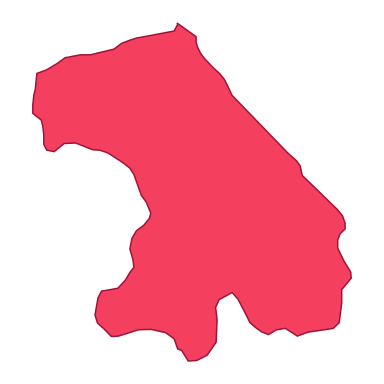 Gangneung-si, Gangwon, South Korea
{"feature_id": "91817680B99242230797556", "entity_name": "Gangneung-si", "entity_type": "district", "adm_level": 2, "iso_a3": "KOR", "parent_name": "South Korea", "parent_adm1": "Gangwon", "projection": "robinson", "projection_center": [128.801, 37.705], "detail": "fine", "context": "isolated", "style": "filled", "palette": "rose", "viewbox_px": 384, "rotation_deg": 0, "n_neighbors": 0, "source": "geoboundaries", "source_scale": "gbopen_adm2", "svg_char_len": 1410}
<svg xmlns="http://www.w3.org/2000/svg" viewBox="0 0 384 384"><path d="M36.9,73.4L35.3,89.1L33.8,95.3L32.8,104.8L32.8,112.9L32.8,113.4L41.3,120.1L42.8,126.3L43.8,135.4L43.8,144.4L46.8,150.2L54.2,151.6L64.2,143.5L75.6,143.0L92.6,149.7L100.0,150.2L108.0,153.0L123.4,163.0L129.9,168.3L133.9,174.5L141.4,195.5L146.3,202.2L150.8,213.2L149.3,218.4L143.9,225.1L136.4,230.8L131.9,238.5L129.9,249.0L132.9,259.5L133.9,267.2L129.9,272.4L125.4,280.1L117.9,288.2L109.9,289.7L101.5,291.1L98.0,297.8L95.0,315.0L95.2,315.6L97.5,323.1L104.0,328.9L111.4,336.5L118.4,336.1L130.9,332.2L138.3,329.8L151.3,329.4L165.8,332.7L174.2,338.9L177.7,349.0L181.7,350.4L188.2,361.0L196.7,360.5L207.1,355.2L216.1,342.3L217.1,319.8L215.6,307.4L219.1,299.7L232.1,292.5L238.0,299.2L245.0,312.6L250.0,322.7L256.0,327.9L261.5,331.8L268.5,334.6L276.4,329.8L285.4,328.4L293.7,333.7L297.4,336.1L307.8,332.2L333.3,328.4L339.2,322.7L341.7,303.0L341.7,289.7L351.2,278.2L350.7,272.0L343.7,260.5L337.7,248.1L337.7,239.9L340.2,233.7L345.1,228.9L345.1,223.2L342.6,216.0L337.6,209.8L302.2,175.4L300.2,165.9L296.8,161.1L287.8,153.0L232.0,95.3L228.0,86.7L224.5,79.6L220.0,73.9L214.1,68.6L208.6,62.9L204.1,58.1L200.6,53.4L197.6,47.2L196.1,42.4L196.1,36.7L177.0,23.0L177.7,24.3L174.2,31.0L136.4,38.1L129.0,40.5L121.5,43.4L114.0,49.1L98.1,52.9L90.6,54.8L80.7,54.8L65.2,57.7L57.3,63.4L46.3,70.0L36.9,73.4Z" fill="#f43f5e" stroke="#9f1239" stroke-width="1.5"/></svg>